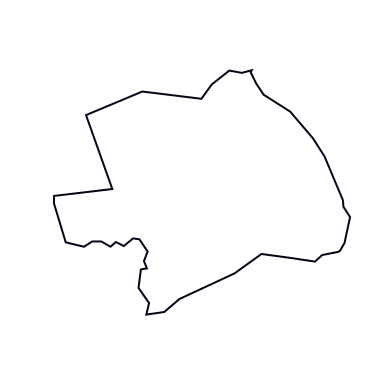 Tyrrell, North Carolina, United States of America (Robinson projection), rotated 67°
{"feature_id": "52423323B39402203079771", "entity_name": "Tyrrell", "entity_type": "district", "adm_level": 2, "iso_a3": "USA", "parent_name": "United States of America", "parent_adm1": "North Carolina", "projection": "robinson", "projection_center": [-76.186, 35.796], "detail": "fine", "context": "isolated", "style": "outline", "palette": "ink", "viewbox_px": 384, "rotation_deg": 67, "n_neighbors": 0, "source": "geoboundaries", "source_scale": "gbopen_adm2", "svg_char_len": 698}
<svg xmlns="http://www.w3.org/2000/svg" viewBox="0 0 384 384"><g transform="rotate(67 192 192)"><path d="M79.8,259.5L158.1,264.2L141.7,320.5L148.4,323.5L189.0,327.9L200.2,312.8L198.5,303.2L202.1,294.8L210.5,288.4L208.3,281.6L215.1,275.9L211.7,264.3L215.0,258.9L229.5,256.1L236.8,263.2L244.7,263.4L243.3,269.3L259.4,278.7L277.4,274.9L287.0,281.9L291.6,264.5L285.6,245.5L283.5,184.4L276.2,152.3L291.1,127.2L304.1,106.0L300.9,96.8L304.2,80.9L303.9,78.7L298.5,71.5L276.8,56.3L264.7,58.4L258.7,56.3L211.2,56.1L189.8,59.7L156.4,70.2L130.5,88.0L117.5,90.5L104.6,91.2L103.3,89.5L101.8,99.6L94.8,110.2L100.7,131.8L109.9,146.9L80.1,198.5L79.8,259.5Z" fill="none" stroke="#020617" stroke-width="2"/></g></svg>